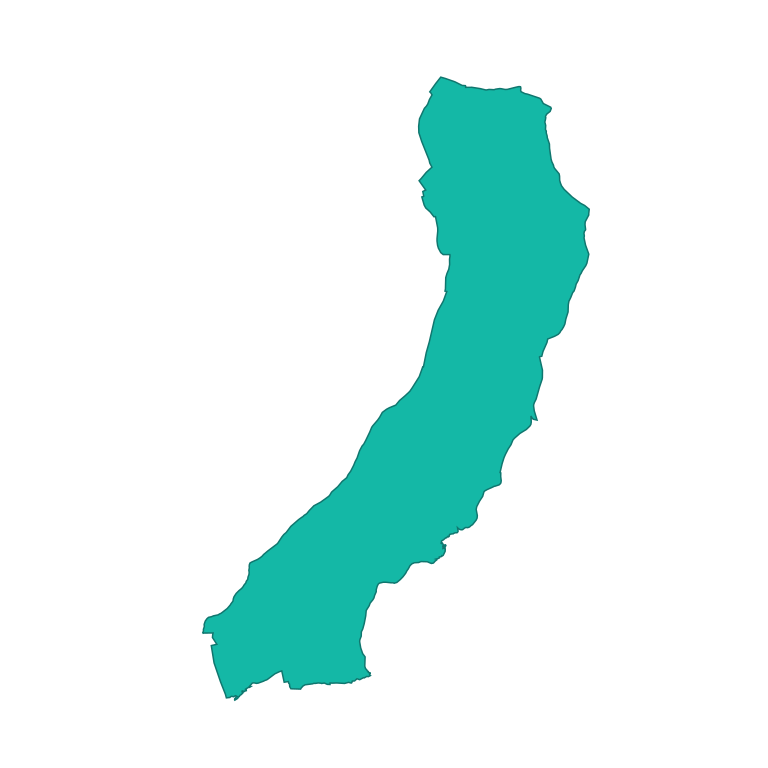 the district of Dabaca, Cluj, Romania, rotated 252°
{"feature_id": "2599482B33158001098606", "entity_name": "Dabaca", "entity_type": "district", "adm_level": 2, "iso_a3": "ROU", "parent_name": "Romania", "parent_adm1": "Cluj", "projection": "orthographic", "projection_center": [23.677, 46.974], "detail": "fine", "context": "isolated", "style": "filled", "palette": "teal", "viewbox_px": 768, "rotation_deg": 252, "n_neighbors": 0, "source": "geoboundaries", "source_scale": "gbopen_adm2", "svg_char_len": 6171}
<svg xmlns="http://www.w3.org/2000/svg" viewBox="0 0 768 768"><g transform="rotate(252 384 384)"><path d="M658.3,532.8L653.9,526.2L647.7,517.8L646.4,518.5L644.1,519.0L640.5,515.1L636.7,512.1L635.1,510.1L633.7,507.6L625.2,499.7L618.4,496.6L612.2,494.8L603.0,494.8L583.1,496.1L580.0,495.8L575.4,496.6L572.2,489.6L567.9,482.8L566.5,480.2L555.6,483.6L555.1,480.4L550.3,479.8L550.1,479.6L550.2,477.8L541.8,477.5L538.5,478.1L533.3,481.1L527.6,483.2L527.3,484.7L515.9,483.3L512.9,482.4L506.0,479.4L503.6,478.6L499.4,477.8L496.3,477.7L491.4,478.6L488.8,480.3L486.7,486.6L485.3,486.3L482.5,484.9L477.3,483.3L473.2,481.1L469.6,478.0L466.1,475.6L455.4,471.8L453.5,470.7L452.6,472.3L444.5,466.0L437.4,458.3L429.5,451.8L410.2,440.2L400.8,433.9L388.1,426.8L388.4,426.2L380.1,419.8L371.6,409.6L369.0,406.2L366.1,400.0L363.5,393.7L360.3,388.7L359.8,381.9L359.2,378.6L357.5,373.6L353.8,369.7L351.7,366.9L347.6,360.2L346.6,358.9L342.8,355.7L336.0,349.2L333.1,346.2L331.8,344.0L328.1,340.2L321.9,335.5L319.1,332.6L316.1,330.1L311.4,325.4L308.7,321.7L306.4,319.6L304.3,314.1L300.6,308.3L297.7,301.4L297.2,300.5L295.3,298.4L294.3,296.8L291.2,287.2L289.9,279.8L286.8,273.9L284.5,270.4L283.8,267.6L282.8,265.6L282.7,264.8L281.4,260.8L277.4,251.4L273.0,245.1L271.8,242.2L270.1,239.6L265.5,233.9L264.9,232.8L261.2,222.1L259.1,216.9L257.8,214.7L256.9,212.1L256.2,209.4L255.6,203.4L255.2,201.3L253.9,200.2L252.4,199.5L250.8,199.1L248.6,197.9L246.7,197.6L244.7,196.8L242.4,195.0L240.3,194.0L238.9,192.0L237.6,191.2L236.0,188.7L234.8,187.4L233.6,185.5L232.3,182.2L230.5,178.7L228.0,175.6L226.4,174.4L224.1,173.2L222.1,170.3L221.4,169.6L218.9,165.5L216.3,158.2L216.1,156.3L215.7,155.0L216.2,150.1L216.0,148.0L216.3,145.0L215.5,143.1L213.8,140.8L211.0,138.7L208.7,138.1L206.6,136.5L204.8,135.9L203.5,134.8L202.8,135.0L202.8,135.8L202.0,138.3L200.0,144.5L198.5,143.6L195.9,142.5L188.1,144.6L188.6,138.9L171.2,136.2L151.2,136.5L138.0,137.3L134.2,137.1L133.5,140.5L134.0,141.6L134.1,142.3L133.6,143.5L133.1,144.1L133.4,145.8L133.4,146.6L132.3,147.7L131.9,146.4L131.3,145.9L131.1,145.0L129.8,144.3L129.4,144.4L130.2,147.6L131.1,148.6L131.6,150.0L132.0,150.2L132.5,151.1L132.7,152.2L133.9,154.5L134.5,154.8L134.7,154.5L134.5,154.1L135.1,153.8L135.8,154.2L135.7,154.8L135.2,154.7L135.0,155.5L134.7,155.7L134.7,156.4L135.0,156.7L134.9,158.3L135.8,158.5L135.9,158.0L136.5,157.9L137.2,160.7L137.3,161.6L137.0,162.3L137.4,163.8L137.9,162.5L140.2,166.2L140.0,167.9L138.7,170.2L138.4,172.0L138.6,177.7L138.9,179.4L138.8,180.0L139.0,181.7L142.1,190.7L142.7,195.5L142.7,198.1L131.2,196.9L130.6,201.0L128.9,200.9L128.0,201.4L125.2,200.8L122.9,201.3L119.6,210.4L120.3,211.1L121.8,213.7L122.3,216.0L120.9,223.5L121.0,224.7L120.4,226.5L120.0,229.1L118.9,231.6L118.5,232.0L118.0,234.9L115.9,237.2L114.9,239.8L116.3,240.3L115.5,242.3L114.3,246.6L111.4,254.0L111.2,258.1L109.7,260.4L109.9,261.1L111.2,262.0L110.7,264.3L112.0,267.2L110.3,269.5L111.0,273.8L110.6,274.4L111.2,277.2L110.5,278.7L110.9,280.9L111.4,280.5L112.6,280.6L112.7,281.4L113.5,281.6L113.9,281.2L113.9,280.7L115.0,279.9L115.5,280.2L116.2,279.5L117.4,279.3L119.1,278.5L121.5,278.5L130.3,281.7L134.2,280.4L140.2,280.3L146.4,281.2L148.1,281.9L151.2,284.4L155.3,285.9L157.6,288.1L162.3,291.2L169.2,295.0L174.1,297.1L177.7,301.4L179.8,303.0L182.2,306.7L183.6,308.3L185.9,309.8L188.8,312.4L190.7,313.0L193.7,315.0L195.3,316.5L195.9,317.6L196.0,318.4L195.7,322.0L194.9,324.5L192.7,329.4L192.1,331.3L191.4,332.1L191.3,334.9L193.0,339.1L194.8,342.5L197.3,346.1L199.3,348.1L200.6,349.9L203.3,352.7L204.4,355.2L204.6,357.7L203.5,361.8L203.7,363.9L203.6,364.6L201.6,370.2L199.0,373.2L198.6,373.9L198.7,374.1L198.4,375.1L198.6,376.0L199.7,377.8L200.5,380.0L201.0,380.2L201.4,379.6L201.3,381.7L201.5,382.9L202.4,383.2L202.1,384.8L202.4,385.9L202.8,386.0L202.5,386.5L202.8,387.4L205.9,390.4L208.2,391.3L208.5,391.3L208.8,390.8L211.4,393.0L212.1,392.7L212.2,391.8L210.8,390.3L209.6,389.8L209.5,389.3L210.7,389.8L211.5,389.7L212.0,390.3L213.1,390.7L214.7,390.4L214.5,389.3L214.7,389.1L217.0,390.3L217.4,392.3L218.6,395.1L218.4,396.0L219.3,397.5L219.3,397.8L218.7,398.1L218.8,398.5L219.2,399.1L220.5,399.8L220.7,400.3L220.4,402.5L220.1,403.5L220.4,404.2L220.5,405.6L220.0,407.5L220.2,408.1L221.1,409.0L224.6,409.5L223.1,410.3L222.0,411.4L221.3,412.9L221.2,413.8L222.0,415.9L222.3,417.4L221.5,419.2L221.6,421.2L222.3,422.6L222.9,424.8L224.7,427.5L226.1,429.6L227.7,431.1L230.0,432.1L236.2,432.9L238.7,434.3L243.1,438.7L246.6,443.1L250.5,445.7L251.1,446.6L251.7,449.3L252.5,456.6L252.7,456.9L252.5,458.0L252.5,462.3L252.9,463.3L253.8,464.6L255.8,465.6L259.9,466.4L263.4,467.6L263.9,467.0L271.7,471.7L276.9,475.4L279.6,477.8L283.9,482.1L287.0,486.0L290.9,489.3L292.1,491.3L295.0,498.0L296.8,505.4L298.9,509.7L300.2,511.2L302.3,512.3L308.2,513.9L306.3,514.2L304.4,515.0L302.4,518.4L312.0,518.6L316.9,519.5L318.3,520.1L319.9,521.3L322.6,524.0L333.1,531.0L339.7,535.9L341.1,536.6L348.2,539.0L361.7,540.2L361.9,540.5L361.6,542.6L365.7,545.2L373.1,551.8L376.2,553.6L376.7,561.2L377.4,565.0L378.5,567.1L380.0,568.7L380.8,570.1L383.0,572.6L385.2,574.6L389.7,577.1L395.6,581.3L402.5,583.8L405.5,585.4L408.5,588.3L412.6,591.7L413.7,593.5L416.8,595.9L419.6,597.6L422.4,600.6L427.2,604.1L428.3,605.6L430.4,607.6L434.2,612.5L436.2,614.3L444.2,618.9L453.8,618.6L461.2,619.4L462.9,620.3L465.4,620.7L467.2,621.7L468.2,623.2L468.7,623.5L473.4,624.4L476.1,625.5L481.5,631.0L482.4,631.2L486.8,633.2L491.8,630.0L495.1,626.8L503.6,620.8L513.4,615.5L517.5,614.1L520.4,613.9L523.4,614.0L527.4,615.2L529.7,615.5L536.6,612.8L538.1,612.6L539.7,612.8L543.6,612.3L546.3,612.4L557.0,614.3L561.1,615.5L567.8,615.4L569.5,615.8L572.7,615.9L574.3,616.5L576.1,616.2L580.0,617.7L583.4,617.9L586.2,619.6L587.5,620.2L588.0,620.0L589.2,620.8L590.5,622.4L591.9,626.2L594.3,628.2L595.7,628.1L601.5,622.2L606.5,621.2L607.7,620.3L615.3,610.1L616.6,607.8L619.6,604.7L621.1,604.7L623.1,605.6L624.5,605.7L624.7,605.4L625.2,604.1L625.5,601.1L626.1,592.3L626.7,590.2L628.7,586.6L629.2,585.4L629.9,581.4L629.9,579.6L631.7,574.9L632.0,572.3L632.3,571.5L635.2,566.8L639.0,559.3L640.9,553.3L641.8,553.7L642.6,553.6L643.8,550.6L649.4,544.9L655.6,536.8L658.3,532.8Z" fill="#14b8a6" stroke="#0f766e" stroke-width="1.5"/></g></svg>